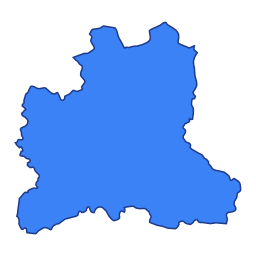 Lipetsk, orthographic projection
{"feature_id": "RUS-2363", "entity_name": "Lipetsk", "entity_type": "Region", "adm_level": 1, "iso_a3": "RUS", "parent_name": "Russia", "parent_adm1": "", "projection": "orthographic", "projection_center": [38.959, 52.736], "detail": "fine", "context": "isolated", "style": "filled", "palette": "blue", "viewbox_px": 256, "rotation_deg": 0, "n_neighbors": 0, "source": "natural_earth", "source_scale": "10m", "svg_char_len": 5718}
<svg xmlns="http://www.w3.org/2000/svg" viewBox="0 0 256 256"><path d="M197.3,52.8L195.2,55.9L194.2,58.3L193.8,59.6L193.5,61.1L193.5,63.3L193.8,65.3L194.4,68.1L194.5,69.4L194.8,74.4L195.0,76.0L196.5,81.8L196.7,83.3L196.8,84.2L196.5,86.2L195.6,88.2L193.0,92.2L193.7,94.3L194.1,95.0L195.0,95.7L195.2,96.3L195.2,97.2L194.7,98.3L194.3,98.7L193.6,98.8L192.5,98.7L192.1,99.3L191.8,100.6L191.6,102.7L191.5,104.3L191.9,105.8L192.8,107.1L193.2,108.1L193.4,109.5L193.3,114.3L192.7,117.0L192.7,118.2L192.5,119.3L190.8,119.4L189.6,118.7L189.2,118.9L189.2,119.6L189.6,120.6L189.5,121.3L188.9,122.0L185.0,123.8L183.1,126.9L183.0,127.6L183.3,128.2L184.8,129.4L185.3,130.1L185.5,131.0L185.5,131.9L185.3,132.6L185.1,133.2L183.4,135.8L183.2,136.3L183.1,137.4L183.5,138.4L185.3,141.1L186.0,141.8L187.3,142.5L189.2,143.1L189.8,143.6L190.4,144.6L190.5,145.3L190.5,145.8L190.1,147.6L190.7,148.3L192.0,149.4L199.2,153.5L201.4,154.5L202.3,155.2L204.7,158.6L206.5,159.3L208.4,161.6L208.6,163.5L208.9,164.1L210.5,165.8L212.5,168.9L214.9,170.1L223.2,171.9L225.0,172.7L228.7,175.7L229.3,176.9L230.4,179.9L230.8,180.3L231.3,180.4L231.9,180.2L233.6,178.6L234.1,178.5L234.6,178.7L238.6,181.5L239.7,183.0L240.1,184.3L240.5,187.3L240.6,188.9L240.6,189.7L240.4,190.6L239.7,191.5L237.8,192.8L237.3,193.5L236.8,197.0L236.5,198.0L234.7,200.9L234.4,201.8L234.1,203.4L234.2,204.9L235.6,207.5L235.8,208.2L235.8,209.5L235.1,210.5L233.5,211.5L228.4,212.5L227.6,212.9L226.8,213.6L226.5,214.3L226.4,215.2L226.7,216.9L227.2,218.4L227.2,220.0L226.3,223.7L215.9,222.8L210.4,223.6L201.7,222.4L200.2,222.6L198.5,221.9L197.3,219.4L194.6,220.4L193.7,221.4L193.3,222.2L192.7,222.8L191.4,223.9L190.3,224.3L189.6,224.3L186.9,223.7L185.3,223.0L183.8,221.6L182.7,221.2L181.4,221.2L179.7,221.9L179.0,222.6L178.8,223.0L178.9,224.6L178.5,225.4L178.1,226.2L176.5,228.1L176.0,228.4L175.4,228.7L168.1,228.2L162.5,226.3L157.3,225.3L149.7,222.4L149.6,220.8L149.8,219.9L150.9,217.5L151.1,216.5L151.0,216.1L149.6,213.7L149.2,212.1L148.8,211.6L146.4,209.7L145.9,208.9L144.4,208.5L139.0,208.6L135.9,207.9L133.3,206.2L132.0,206.2L125.8,207.1L124.1,207.7L124.8,208.8L124.9,209.9L124.7,211.3L124.3,212.2L121.8,210.8L120.2,211.8L119.3,214.3L119.6,217.4L119.4,218.4L117.7,219.5L114.7,220.6L113.6,220.5L112.8,220.1L111.5,219.1L109.7,217.0L108.5,215.3L106.6,211.7L105.6,210.5L102.8,207.8L102.1,207.4L101.2,207.1L99.4,207.0L98.5,207.1L97.2,207.8L96.2,208.6L95.2,209.9L93.9,212.7L92.1,212.3L91.0,211.5L90.4,210.5L89.7,208.5L89.0,207.1L88.7,206.8L88.3,206.8L87.7,207.1L87.0,208.0L86.7,208.7L86.3,210.3L85.7,211.0L85.2,211.4L83.3,212.4L82.1,212.5L81.6,212.3L80.7,211.4L79.7,211.3L79.2,211.6L78.6,212.4L78.2,213.6L77.9,215.1L77.2,215.6L76.2,216.2L65.2,219.0L58.6,223.8L56.7,224.0L53.5,225.7L52.6,226.8L52.0,228.1L51.4,229.3L50.9,229.7L50.4,229.7L49.1,228.8L46.9,227.8L44.2,227.6L43.6,227.8L38.2,231.0L36.4,233.2L35.5,233.7L27.1,232.8L26.9,232.5L26.4,228.7L25.6,228.0L24.3,228.2L23.1,229.1L22.2,229.4L21.6,229.1L21.2,228.7L19.1,224.4L18.9,223.6L19.2,221.7L18.9,219.4L18.0,217.2L17.6,216.6L16.8,216.3L17.5,213.8L17.8,210.6L19.0,202.3L19.4,198.5L21.9,195.8L23.6,193.6L24.8,192.5L25.8,192.2L27.6,192.6L27.9,192.4L28.0,190.9L28.5,190.4L29.4,189.8L32.4,188.4L34.1,188.1L36.6,188.3L37.7,187.7L36.0,185.3L35.9,184.3L36.4,182.3L37.5,181.2L37.9,180.4L38.0,179.9L38.0,178.3L39.1,177.2L39.4,176.2L39.2,175.5L38.7,174.6L35.5,171.3L35.1,170.6L34.7,169.3L33.7,167.5L32.5,167.1L30.9,167.6L30.2,167.6L27.9,165.8L27.6,165.5L27.4,165.0L27.4,164.1L27.7,162.9L28.3,162.4L29.5,162.1L29.8,161.9L30.0,161.6L30.0,160.3L29.9,159.8L29.5,159.3L28.7,158.8L27.1,158.7L26.2,158.2L24.6,156.7L23.7,156.3L23.1,156.1L22.3,156.2L20.9,155.9L20.1,155.4L20.0,154.6L20.2,154.0L20.7,153.3L21.0,151.6L21.2,151.3L22.4,151.1L22.8,150.9L22.8,150.3L22.7,149.5L21.2,147.0L20.9,146.9L20.3,147.0L19.8,147.7L19.2,147.5L16.5,144.7L15.4,142.7L16.7,142.7L17.0,142.4L17.3,141.9L17.5,140.9L18.3,139.7L19.2,139.5L21.6,139.9L22.7,139.4L22.9,139.0L23.0,138.5L22.8,137.6L22.2,136.6L21.9,135.9L21.6,134.8L21.4,132.3L21.1,131.3L20.4,129.8L20.5,129.2L20.9,128.4L21.7,127.7L24.8,126.4L26.0,125.6L26.9,124.6L27.4,123.8L27.7,122.8L27.9,121.5L27.8,120.4L26.9,119.0L25.1,117.2L23.2,116.2L22.6,115.6L22.1,115.0L21.7,114.2L21.7,113.5L21.9,113.1L23.1,112.2L24.3,110.4L25.7,109.7L25.4,108.6L22.2,105.9L22.5,104.5L23.8,103.1L24.0,102.6L24.0,100.9L24.1,99.8L25.8,94.1L27.5,92.9L28.1,92.0L28.6,90.6L30.1,87.5L30.7,86.7L31.2,86.2L32.1,86.2L34.1,86.7L36.6,88.1L38.2,88.6L39.4,88.6L44.3,87.8L45.1,87.9L45.7,88.1L51.1,92.9L53.2,93.9L54.3,94.0L55.8,93.2L56.8,92.8L57.4,92.7L57.8,92.9L57.9,93.2L59.5,96.5L60.5,99.2L61.4,100.1L61.9,100.3L63.2,100.1L64.1,99.4L64.6,98.6L64.7,96.8L64.9,96.4L65.1,96.1L68.4,94.6L69.8,93.8L72.8,90.6L73.7,90.4L77.0,91.5L81.8,89.7L82.4,88.8L81.7,87.9L81.7,86.8L84.2,83.2L84.9,81.7L84.9,81.2L84.7,80.5L81.3,76.6L80.6,75.0L80.8,72.5L81.1,71.5L81.9,69.7L82.1,69.0L82.3,67.1L82.2,66.5L81.7,65.7L80.3,64.7L79.2,63.7L77.5,61.2L75.9,60.2L73.3,57.4L84.2,53.4L87.2,53.4L88.0,53.2L92.7,50.1L93.7,49.3L94.3,48.6L94.3,48.2L94.3,47.6L93.9,46.5L91.8,43.1L90.8,40.9L91.0,39.5L91.6,38.1L91.9,36.7L91.5,36.0L90.2,34.8L89.6,34.0L91.2,30.9L92.3,29.4L99.0,28.4L100.6,27.9L102.8,26.3L103.5,26.0L114.9,27.9L115.3,28.2L116.6,30.4L118.3,36.4L119.2,38.6L120.5,40.6L122.2,43.8L123.8,47.0L124.6,47.9L125.2,48.1L125.9,47.3L126.4,47.2L128.4,47.6L134.0,46.2L137.1,46.1L142.4,44.6L147.4,42.3L149.7,40.3L150.3,38.5L150.2,36.2L150.0,34.6L149.4,31.7L149.4,30.8L150.2,30.0L151.9,29.0L160.3,25.2L163.3,22.9L165.1,22.3L166.1,22.8L166.7,23.8L168.2,25.2L172.7,27.8L176.0,30.3L176.8,31.2L178.4,33.8L178.6,35.2L178.7,36.6L178.7,37.9L178.1,41.0L178.3,43.2L179.4,43.9L189.3,48.0L194.3,45.8L194.5,45.9L193.8,48.3L194.2,49.9L197.3,52.8Z" fill="#3b82f6" stroke="#1e3a8a" stroke-width="1.5"/></svg>